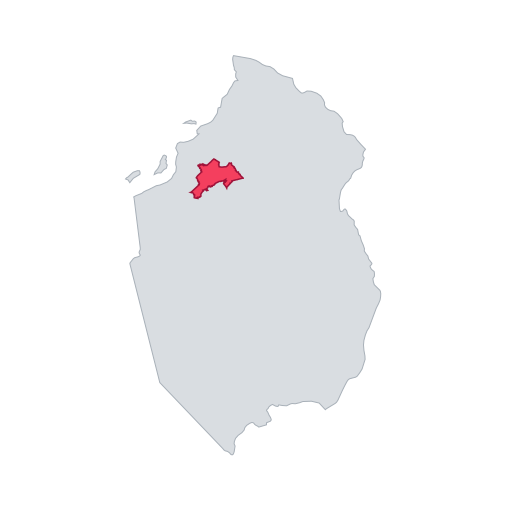 Morogoro, Morogoro, United Republic of Tanzania shown in context, rotated 227°
{"feature_id": "72390352B24110633153516", "entity_name": "Morogoro", "entity_type": "district", "adm_level": 2, "iso_a3": "TZA", "parent_name": "United Republic of Tanzania", "parent_adm1": "Morogoro", "projection": "orthographic", "projection_center": [37.947, -7.052], "detail": "fine", "context": "in_parent", "style": "filled", "palette": "rose", "viewbox_px": 512, "rotation_deg": 227, "n_neighbors": 0, "source": "geoboundaries", "source_scale": "gbopen_adm2", "svg_char_len": 8758}
<svg xmlns="http://www.w3.org/2000/svg" viewBox="0 0 512 512"><g transform="rotate(227 256 256)"><path d="M199.9,345.8L195.2,343.4L190.9,341.9L187.4,340.3L185.8,338.6L182.5,338.0L179.7,337.8L177.0,336.3L171.6,335.8L171.0,334.8L170.9,332.5L169.9,332.0L168.0,331.4L165.8,331.5L164.6,331.8L163.8,331.7L162.0,330.3L160.4,328.7L159.7,326.0L157.2,324.3L154.3,322.9L146.4,323.2L145.2,322.8L143.3,321.5L141.1,319.2L139.2,316.7L137.6,313.2L135.9,308.5L126.5,289.7L125.6,286.2L123.7,282.2L120.7,277.4L117.6,273.9L113.4,270.6L108.6,267.5L106.0,265.3L101.0,256.5L99.9,252.4L99.1,248.1L99.4,246.3L102.4,240.7L102.6,239.1L102.2,237.0L100.7,232.6L98.7,227.3L94.7,217.6L94.1,215.1L94.2,213.3L96.3,203.3L96.3,201.9L105.4,201.9L112.0,197.5L117.7,190.9L118.8,188.1L121.2,183.9L123.5,181.8L124.3,180.4L125.6,176.2L128.7,173.3L131.6,171.1L131.0,169.6L131.4,169.0L133.0,167.9L136.2,166.8L136.8,164.6L136.8,162.2L136.2,160.8L136.3,159.2L135.8,158.3L133.8,158.1L130.7,157.0L128.1,156.5L126.4,155.8L125.7,155.3L125.4,153.8L126.9,150.0L125.4,148.5L128.6,142.1L129.1,141.3L130.3,141.2L132.1,140.5L133.8,140.2L135.2,140.4L136.2,140.1L137.1,139.4L137.9,137.3L138.5,133.7L138.1,130.8L136.8,128.6L136.4,125.2L137.0,120.6L136.6,116.7L135.1,113.7L133.6,111.9L131.3,111.1L127.7,106.5L126.6,104.3L126.8,102.9L128.0,102.3L130.3,102.4L132.5,101.9L134.5,100.6L136.4,100.2L137.5,100.4L229.0,99.3L336.4,158.5L336.9,159.2L337.7,164.4L337.5,166.1L335.9,169.1L335.4,170.6L335.4,171.7L335.8,172.1L337.2,172.3L338.4,173.0L338.8,173.6L339.7,175.8L340.9,176.9L381.6,206.4L382.6,206.8L382.0,209.3L379.7,215.2L379.5,217.7L378.6,220.7L377.8,222.6L375.4,231.0L373.4,234.2L370.7,241.5L370.3,247.2L371.8,251.1L372.3,254.8L375.4,258.5L377.9,259.8L379.6,261.5L382.6,265.3L384.3,269.1L389.7,270.9L391.8,275.2L391.1,278.2L388.5,280.6L386.2,284.5L384.3,289.7L384.2,297.6L385.5,296.4L388.3,298.4L388.7,304.2L385.7,311.0L384.8,314.1L384.7,316.9L386.8,325.0L390.0,329.1L389.7,330.4L388.9,331.5L394.4,338.8L393.9,345.2L395.9,350.2L396.8,354.5L398.1,357.8L398.4,360.0L396.7,362.5L400.7,363.2L403.0,365.3L404.1,367.2L407.0,367.2L408.5,368.5L410.8,369.6L415.7,373.0L417.1,374.6L417.9,376.2L404.1,386.6L399.2,389.3L395.6,390.5L391.8,391.2L388.3,392.8L384.9,395.4L380.5,396.6L375.2,396.6L369.7,398.4L361.0,403.8L355.9,400.8L351.9,399.9L347.3,400.0L344.5,400.3L343.5,401.0L342.6,402.8L341.9,405.8L338.9,408.7L333.6,411.5L328.8,412.5L324.3,411.8L321.3,410.7L319.8,409.1L317.5,408.3L314.4,408.5L311.5,409.6L308.7,411.8L304.3,412.7L298.1,412.5L294.8,411.4L294.4,409.6L291.7,407.5L286.8,405.1L283.1,405.1L280.8,407.4L278.7,408.9L276.8,409.5L275.1,409.6L272.6,409.0L265.9,408.8L259.4,408.9L258.8,405.6L257.4,403.5L256.2,402.3L254.0,402.0L253.4,401.1L252.6,399.0L251.5,397.2L250.1,395.8L249.2,394.4L248.9,393.2L249.1,391.8L250.4,388.3L250.8,386.0L250.6,383.6L249.9,381.1L248.3,378.2L248.5,377.3L247.9,375.3L247.9,373.9L248.1,372.1L247.8,369.8L246.5,364.9L246.4,363.7L245.0,361.3L240.7,355.7L240.5,355.0L233.7,349.3L231.0,348.1L230.1,349.2L229.7,350.2L230.0,352.0L229.9,352.9L229.6,353.3L228.0,353.3L227.0,353.1L224.4,351.6L222.5,351.2L217.6,351.5L215.8,351.9L214.5,351.6L211.8,349.0L208.8,348.5L206.1,348.4L201.5,345.5L199.9,345.8ZM390.5,250.3L392.7,256.5L392.4,257.7L390.8,258.4L390.0,258.5L389.0,257.5L388.3,255.4L387.1,255.9L385.1,253.3L383.1,253.2L381.3,250.2L382.0,247.6L381.6,243.1L383.8,240.8L385.0,237.0L386.4,239.6L386.8,243.7L388.6,248.6L390.5,250.3ZM401.3,213.1L401.5,214.6L401.1,216.0L401.1,220.4L401.0,223.4L399.3,227.4L397.9,228.9L396.7,228.5L395.7,227.8L394.9,226.7L396.5,219.2L395.7,213.7L398.9,214.3L401.3,213.1ZM396.5,303.2L395.0,303.6L394.4,303.2L393.4,302.0L395.1,301.0L396.7,298.9L400.5,296.0L402.3,293.6L402.0,295.9L399.8,301.0L398.0,301.3L396.5,303.2Z" fill="#d9dde1" stroke="#a8b0b8" stroke-width="1"/><path d="M340.9,301.3L341.1,300.6L341.6,300.3L342.0,300.2L342.3,299.7L342.2,299.3L341.8,298.7L341.8,297.9L341.6,297.7L341.5,297.4L341.6,295.3L341.7,294.9L342.7,293.8L344.3,291.6L346.4,289.9L346.6,290.0L347.2,290.5L347.4,290.6L347.6,290.7L348.1,290.8L348.2,291.2L348.4,291.2L348.5,291.5L348.7,291.8L349.0,291.9L349.0,292.1L349.3,292.3L349.4,292.6L349.7,292.6L349.6,292.9L350.0,293.0L350.4,292.9L352.9,292.1L353.8,291.9L354.0,292.0L354.1,291.8L355.7,291.4L355.8,289.4L355.7,287.8L355.6,286.8L355.7,286.6L355.7,285.5L355.7,282.3L355.8,282.3L355.9,282.1L355.9,281.9L356.0,281.9L356.0,281.7L356.3,281.6L356.3,281.4L356.6,281.2L356.7,280.8L356.9,280.7L356.7,280.6L356.8,280.6L357.0,280.7L357.0,280.4L357.2,280.2L357.3,280.3L357.4,280.2L357.6,280.2L357.7,279.8L357.8,279.9L357.8,279.7L358.0,279.7L357.9,279.7L358.0,279.6L358.3,279.6L358.2,279.8L358.3,279.9L358.3,280.0L358.4,279.9L358.5,280.1L358.5,279.9L358.7,280.0L358.9,280.0L358.9,279.8L359.0,279.9L359.2,280.0L359.3,279.8L359.2,279.7L359.4,279.8L359.5,279.5L359.4,279.4L359.7,279.4L359.6,279.2L359.6,278.9L359.8,278.9L359.9,278.6L360.0,278.5L359.9,278.4L360.0,278.5L360.0,278.4L360.0,278.2L360.1,277.9L360.4,277.9L360.4,278.0L360.5,277.8L360.7,277.6L360.8,277.6L360.7,277.3L360.8,277.3L360.7,277.2L360.8,277.0L361.0,276.9L361.1,277.0L361.1,276.9L361.1,276.7L361.3,276.5L361.1,276.3L361.3,276.2L361.3,276.3L361.4,276.2L361.5,275.9L361.8,275.8L361.7,275.6L361.8,275.5L361.8,275.3L361.5,275.1L360.7,275.1L360.3,275.3L360.1,275.1L359.6,275.2L359.0,275.1L358.9,275.3L358.5,275.2L358.4,274.8L358.1,274.8L358.1,274.7L357.7,274.8L357.1,274.9L356.7,274.9L356.3,274.8L356.1,274.6L356.2,274.4L356.1,274.1L356.1,273.9L355.8,273.9L355.7,273.7L355.7,273.8L355.5,273.6L355.3,273.6L355.3,273.8L355.1,274.0L354.9,273.9L354.7,273.8L354.8,273.7L354.8,273.4L354.6,273.1L354.6,272.9L354.5,272.1L354.5,268.1L354.0,265.7L353.8,265.6L353.6,265.6L353.1,265.8L352.8,265.7L352.6,265.7L352.1,265.5L351.8,265.5L351.6,265.3L351.5,265.2L351.2,264.9L350.8,264.8L350.7,264.7L350.4,264.9L350.2,264.9L350.3,264.8L350.3,264.7L349.4,264.3L348.6,264.3L348.1,264.3L347.9,264.3L347.9,264.2L348.0,264.1L347.8,264.0L347.7,263.9L347.8,263.8L347.3,263.5L347.4,263.4L347.2,263.2L347.3,263.0L347.0,262.9L347.1,262.7L346.9,262.7L346.9,252.4L347.0,251.8L347.1,251.6L346.9,251.7L346.4,251.8L346.3,252.4L346.1,252.6L346.1,252.8L345.5,252.8L345.1,252.9L344.7,252.8L344.4,252.8L344.2,252.6L343.8,252.6L342.9,252.8L342.9,252.6L342.7,252.7L342.6,252.4L342.4,252.5L342.1,252.4L342.0,252.2L341.9,251.9L341.6,251.8L341.6,251.5L341.5,251.3L341.4,251.0L340.9,250.7L340.7,250.6L339.4,251.5L339.0,251.6L338.9,251.8L339.0,252.1L338.9,252.2L338.5,252.3L338.1,252.5L338.3,252.6L338.6,253.0L338.4,253.0L338.5,253.2L338.2,253.3L338.3,253.4L338.1,253.5L338.1,253.8L337.9,253.8L337.8,254.0L337.8,254.4L337.6,254.6L337.7,254.9L337.5,255.1L337.5,255.3L337.4,255.4L337.5,255.5L337.4,255.6L337.5,255.8L337.4,255.9L337.4,256.1L337.3,256.4L337.3,256.5L338.8,257.8L339.1,258.7L339.5,260.4L339.5,261.0L339.5,261.9L340.4,262.0L339.4,263.8L339.5,264.2L339.1,264.3L337.5,264.4L337.5,264.5L337.1,265.2L336.9,265.5L337.5,265.6L338.8,265.4L338.8,265.7L339.0,265.7L338.8,267.1L339.2,267.9L339.4,267.9L339.5,268.1L339.6,268.6L339.2,268.7L339.2,269.4L338.6,269.6L337.8,269.5L337.7,269.7L337.8,269.8L337.6,269.8L337.4,270.0L337.7,270.7L337.6,270.8L337.5,271.0L336.9,271.2L336.8,271.5L337.4,271.9L337.0,272.7L336.5,273.5L336.5,274.6L336.8,274.6L336.8,274.8L336.9,276.0L336.5,276.7L336.5,277.1L336.4,277.6L336.2,277.8L336.0,278.2L336.1,278.4L336.0,278.5L335.8,279.6L334.8,281.1L334.5,281.1L334.4,281.4L334.3,281.6L334.4,281.8L334.2,282.0L334.1,282.3L333.8,282.5L333.7,282.8L333.4,283.0L333.3,283.3L333.1,283.4L333.2,283.7L333.2,284.1L332.9,284.3L332.8,284.6L332.7,284.6L332.9,284.7L332.8,284.9L332.9,285.0L332.9,285.3L332.7,285.3L332.8,285.5L332.7,286.1L332.4,285.7L332.0,285.4L332.1,285.1L331.9,285.2L332.0,285.0L331.9,284.8L331.6,284.8L331.9,284.5L331.6,284.5L331.7,284.0L331.6,283.9L331.7,284.1L331.4,283.9L331.5,283.8L331.7,283.7L331.2,283.6L331.4,283.4L331.2,283.4L331.2,283.2L331.3,282.9L331.2,282.8L331.5,282.4L331.3,282.0L331.0,281.6L328.0,281.4L326.7,281.2L325.6,280.9L326.3,281.9L326.4,282.8L326.3,283.8L326.5,284.4L326.5,285.6L326.2,285.5L326.3,285.6L326.4,285.8L326.5,285.8L326.6,286.0L326.8,286.2L327.0,286.5L326.6,286.8L326.7,287.7L326.7,289.1L326.8,289.1L327.4,289.5L325.8,292.5L325.6,292.8L325.5,293.2L324.6,294.4L324.3,295.2L322.3,298.8L322.1,299.2L321.7,299.6L322.0,299.8L323.1,299.7L324.1,299.6L324.4,299.6L324.8,299.5L325.1,299.6L325.8,299.5L326.0,299.6L326.4,300.0L326.6,300.0L326.8,299.8L327.3,299.9L327.6,299.5L328.4,299.7L329.0,300.1L329.3,300.4L329.7,300.3L329.8,299.9L330.1,299.6L330.1,299.4L330.4,299.3L330.8,299.4L331.2,299.3L331.7,299.7L331.8,299.7L332.5,299.3L332.8,299.9L333.1,300.1L334.1,300.3L334.4,300.5L334.8,300.5L335.0,300.5L335.1,300.1L335.7,300.1L336.3,300.9L336.9,300.6L338.0,300.5L338.4,300.4L339.0,300.2L339.5,300.2L339.9,300.9L340.9,301.3Z" fill="#f43f5e" stroke="#9f1239" stroke-width="1.5"/></g></svg>